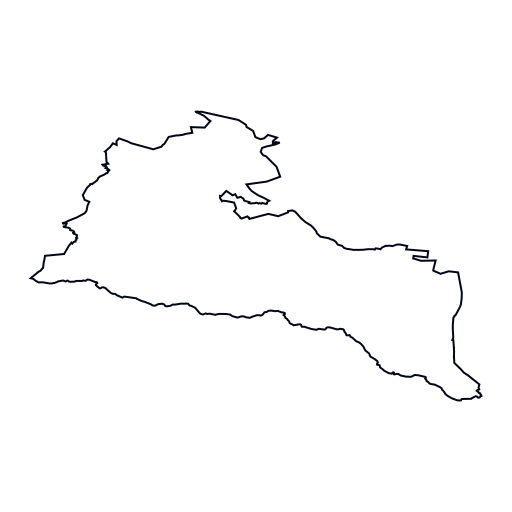 outline of Rubas pag., Saldus, Latvia
{"feature_id": "27541924B9858590897676", "entity_name": "Rubas pag.", "entity_type": "district", "adm_level": 2, "iso_a3": "LVA", "parent_name": "Latvia", "parent_adm1": "Saldus", "projection": "robinson", "projection_center": [22.561, 56.414], "detail": "fine", "context": "isolated", "style": "outline", "palette": "ink", "viewbox_px": 512, "rotation_deg": 0, "n_neighbors": 0, "source": "geoboundaries", "source_scale": "gbopen_adm2", "svg_char_len": 6029}
<svg xmlns="http://www.w3.org/2000/svg" viewBox="0 0 512 512"><path d="M195.9,111.7L196.1,112.1L196.9,112.6L198.1,112.9L203.8,115.7L208.7,119.9L210.4,121.0L204.7,127.6L190.9,127.1L192.3,132.8L184.6,134.1L184.5,134.3L182.8,134.8L178.5,135.4L176.6,135.4L168.7,136.9L164.5,143.7L162.8,144.9L161.4,146.7L153.3,149.3L131.1,143.2L127.3,141.3L119.0,138.4L116.4,141.3L116.7,144.9L112.9,143.3L110.0,147.2L104.9,151.6L105.9,152.2L106.5,161.9L108.2,163.7L102.4,164.7L102.9,165.4L104.5,165.3L104.5,166.3L105.9,166.2L105.8,167.1L106.8,167.4L106.7,167.8L106.1,168.2L107.2,168.5L108.1,169.1L107.6,169.7L108.7,169.7L109.3,170.0L109.3,170.3L108.0,170.6L108.2,171.6L107.3,173.1L106.0,173.4L104.7,174.4L100.2,176.4L98.7,177.6L98.2,178.0L97.8,179.2L97.2,180.2L94.8,182.2L93.1,183.2L92.4,184.1L91.3,183.9L90.1,184.2L90.0,185.0L87.1,187.6L82.8,195.1L84.6,199.8L89.3,201.8L87.6,205.3L86.5,210.8L85.1,212.8L83.9,213.7L76.5,217.6L67.8,221.0L66.0,222.2L62.9,223.0L63.0,223.5L63.4,223.7L65.8,223.1L66.5,223.2L66.7,223.5L65.9,224.8L65.5,226.3L63.9,226.3L63.6,226.5L63.7,226.8L65.0,227.2L68.3,227.7L70.0,228.5L70.3,229.0L70.1,230.0L70.3,230.2L72.7,230.6L74.1,231.7L74.3,232.1L73.1,232.8L73.2,233.3L74.1,233.9L76.8,234.9L76.9,236.9L76.2,237.7L76.9,238.2L76.3,238.6L76.5,239.7L75.6,240.3L75.5,241.6L73.7,241.9L72.2,243.7L71.6,243.5L71.3,242.8L69.0,245.6L64.1,254.0L45.0,255.8L44.3,260.2L43.7,262.2L43.1,267.9L42.8,268.0L40.5,270.7L38.5,271.8L30.7,278.2L33.4,278.9L35.5,280.7L38.6,282.4L42.8,282.3L49.9,283.5L52.4,283.4L53.6,282.9L54.5,283.0L58.5,281.3L63.0,280.5L65.7,281.5L67.1,280.7L67.7,280.6L68.9,281.5L70.0,281.8L74.8,281.6L75.9,281.0L76.8,280.9L82.0,281.0L83.3,280.5L85.3,280.8L86.3,280.4L86.9,279.8L87.4,279.6L89.3,279.7L94.8,281.9L96.9,282.3L97.3,283.0L95.8,284.5L95.9,285.1L97.1,286.3L99.5,288.2L100.3,288.4L101.4,287.7L102.8,287.2L104.1,287.5L106.1,288.5L106.3,289.0L110.7,292.8L112.7,293.8L115.1,293.9L117.0,295.3L122.4,297.6L124.4,296.6L136.4,298.3L136.8,298.8L141.9,301.1L144.9,301.9L150.9,304.3L152.5,305.4L154.3,305.7L155.1,305.7L158.0,304.2L162.1,303.7L164.2,304.5L165.4,306.1L167.0,306.3L170.1,305.9L173.0,304.5L175.0,304.6L180.7,303.7L187.4,303.6L188.2,303.8L189.4,305.4L191.3,305.9L194.7,307.5L195.6,308.3L199.6,313.0L200.6,313.8L202.3,314.4L203.2,314.4L205.7,313.4L207.2,314.0L209.6,313.7L215.3,314.8L218.0,314.1L220.2,313.9L226.1,314.0L230.3,314.6L232.2,316.1L237.0,317.5L237.9,317.5L241.6,316.3L244.1,316.5L245.7,317.2L249.2,317.8L250.4,317.6L252.8,316.5L257.0,315.2L259.4,315.2L260.3,315.6L261.6,315.3L262.9,314.4L264.5,312.3L267.1,311.8L268.4,310.8L271.6,310.6L274.8,311.2L278.2,310.9L279.1,311.5L280.6,311.9L281.1,312.3L283.3,312.5L284.8,313.1L284.9,313.9L283.8,314.5L283.5,315.0L284.4,315.7L285.0,316.6L285.4,317.9L287.1,319.0L287.8,320.1L288.9,321.0L289.7,323.0L290.7,323.8L292.2,324.3L293.6,325.3L299.8,324.2L301.0,324.8L301.6,326.4L302.0,326.8L304.2,326.7L311.5,329.0L316.4,329.8L318.5,328.8L324.5,329.6L325.5,329.2L326.4,327.8L327.9,327.3L329.8,327.4L336.7,329.3L338.2,329.3L340.3,328.8L343.2,329.3L344.0,330.0L344.3,331.5L345.6,333.1L346.5,335.2L347.4,335.4L349.5,335.1L350.2,336.0L350.6,336.9L352.3,337.6L356.3,341.3L358.7,342.2L360.8,343.7L363.6,346.9L364.8,349.5L365.4,350.5L369.1,353.5L369.8,354.9L369.8,355.4L370.5,356.6L374.8,359.1L377.3,361.1L377.8,362.7L377.1,363.6L377.1,364.7L379.6,365.2L380.0,367.2L380.4,367.7L382.1,368.8L384.3,370.8L388.5,373.0L391.7,373.7L392.8,372.5L393.5,372.4L393.9,372.6L393.5,373.7L393.9,374.3L394.5,374.4L396.8,373.9L398.5,374.1L400.7,375.5L405.9,376.6L410.7,376.8L412.5,376.2L414.8,374.9L418.4,375.3L425.3,376.9L425.7,377.2L425.8,378.0L425.2,378.6L426.5,380.2L426.6,381.1L428.1,381.9L429.4,383.4L430.8,384.0L434.7,384.6L440.1,387.2L441.6,388.3L442.0,389.7L443.3,390.8L445.6,394.2L447.6,395.9L451.8,398.3L457.2,400.3L460.1,400.5L461.0,400.3L461.4,399.3L462.3,399.0L471.2,398.8L472.0,398.1L475.7,396.2L477.0,396.5L477.9,397.6L479.1,397.6L479.6,397.4L480.5,396.3L481.3,396.0L481.0,395.6L481.2,395.3L481.1,395.0L480.6,394.8L480.3,393.8L479.9,393.5L480.0,393.3L478.7,392.7L478.7,392.4L476.7,390.8L477.0,390.4L479.2,389.4L478.5,387.6L479.4,384.4L468.3,375.6L463.8,372.6L460.9,369.3L454.3,362.9L454.0,357.0L453.9,357.0L454.1,351.5L453.9,349.7L454.0,347.9L453.9,347.9L453.3,340.0L453.2,339.6L452.4,339.7L453.3,337.6L452.8,329.7L452.8,325.1L453.4,317.7L454.6,316.1L454.5,315.9L455.8,314.8L459.9,307.0L460.9,304.4L461.7,297.9L461.8,292.4L458.1,272.4L448.8,271.3L440.5,273.8L433.3,270.6L433.3,269.8L435.6,260.5L421.0,260.8L413.2,258.4L413.6,255.9L427.4,257.4L428.2,251.2L406.1,249.4L407.2,246.0L399.7,244.5L397.2,244.5L392.4,246.1L388.9,245.6L386.9,246.0L386.0,245.7L382.2,247.4L380.4,249.3L378.0,248.6L375.5,248.4L374.8,249.6L373.1,249.2L367.7,249.2L362.8,249.8L353.6,249.9L348.4,249.0L347.6,249.1L344.2,248.0L342.1,245.9L337.8,244.6L335.7,241.7L333.1,239.9L330.3,239.2L329.0,238.3L320.5,236.7L316.9,233.4L316.3,231.4L313.8,228.3L311.1,225.6L305.3,222.0L301.1,218.3L295.2,211.7L292.3,210.4L288.0,211.1L288.0,212.4L278.2,216.2L268.3,213.9L249.5,218.9L248.9,218.5L249.1,217.9L248.9,217.5L248.3,217.3L247.4,216.4L241.5,218.6L240.9,218.3L240.7,218.1L240.9,218.0L237.5,214.4L234.1,211.3L234.9,210.5L236.2,208.4L234.1,202.6L226.1,201.0L222.5,200.7L222.0,201.2L220.1,198.2L220.0,195.9L221.2,196.2L226.3,190.9L232.6,195.3L235.2,194.2L237.4,197.8L240.8,196.8L241.8,197.7L243.3,198.5L244.4,200.8L249.4,202.1L248.9,203.0L250.4,203.5L255.2,203.1L256.2,202.7L257.2,202.9L258.5,203.6L259.4,203.1L261.5,203.6L261.9,203.4L262.2,202.9L265.3,203.8L266.3,203.9L267.0,203.5L266.9,202.8L267.7,201.5L269.2,200.8L264.3,198.1L257.8,195.1L251.8,191.1L249.6,188.8L246.5,184.4L266.7,181.6L280.2,176.7L276.5,166.7L265.9,156.2L263.3,155.3L262.5,154.5L260.7,151.8L262.1,147.9L266.3,146.5L275.3,144.5L279.8,142.6L277.3,142.5L276.1,142.0L275.2,142.3L274.6,143.3L273.2,143.6L272.9,143.1L273.7,142.5L273.0,142.3L272.8,141.2L277.0,137.6L268.0,134.9L264.0,138.4L260.4,139.2L255.4,137.1L253.1,130.9L246.6,127.0L246.0,124.8L238.5,120.0L201.3,111.7L199.4,111.9L196.7,111.5L195.9,111.7Z" fill="none" stroke="#020617" stroke-width="2"/></svg>